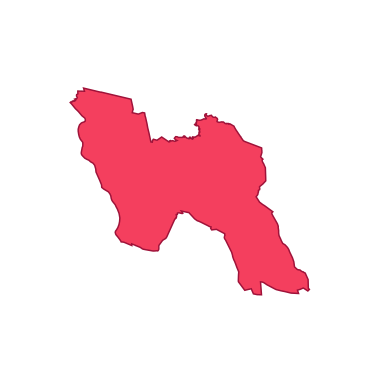 outline of Zaņas pag., Saldus, Latvia, rotated 29°
{"feature_id": "27541924B45294265092973", "entity_name": "Zaņas pag.", "entity_type": "district", "adm_level": 2, "iso_a3": "LVA", "parent_name": "Latvia", "parent_adm1": "Saldus", "projection": "natural_earth1", "projection_center": [22.206, 56.482], "detail": "fine", "context": "isolated", "style": "filled", "palette": "rose", "viewbox_px": 384, "rotation_deg": 29, "n_neighbors": 0, "source": "geoboundaries", "source_scale": "gbopen_adm2", "svg_char_len": 5862}
<svg xmlns="http://www.w3.org/2000/svg" viewBox="0 0 384 384"><g transform="rotate(29 192 192)"><path d="M231.5,119.7L214.1,122.2L212.1,122.3L208.0,120.3L208.0,120.2L207.9,120.2L203.7,118.1L203.4,117.9L200.4,116.4L198.2,115.1L196.8,114.1L193.0,114.0L192.6,114.2L192.4,114.0L191.9,114.1L191.2,114.5L190.9,114.5L191.0,114.8L190.8,114.8L190.5,114.7L189.7,114.9L189.3,115.2L189.3,115.4L189.2,115.4L188.9,115.6L188.6,115.5L188.4,115.8L188.2,115.8L187.9,116.0L187.4,116.0L185.9,115.6L185.3,115.6L185.0,115.8L184.8,116.1L184.1,116.2L181.9,118.0L180.2,118.3L179.9,118.3L179.6,118.1L179.3,116.9L179.3,116.4L179.0,115.9L178.3,115.4L177.3,115.3L176.8,115.2L176.5,115.2L176.1,115.1L175.9,115.5L175.5,115.7L174.4,116.3L174.1,116.3L173.1,116.1L172.1,115.7L171.9,115.5L171.7,115.5L171.2,116.0L170.3,116.7L169.9,117.3L169.1,118.2L167.7,118.0L166.9,117.6L166.8,117.3L166.8,116.6L166.6,116.6L166.4,116.7L166.1,117.2L165.9,117.5L165.8,117.8L165.8,118.3L166.2,119.2L166.7,119.6L168.9,120.8L169.0,121.0L168.7,121.4L166.7,122.4L166.3,123.2L164.9,124.9L163.9,125.6L162.5,126.1L161.2,126.4L161.0,126.6L161.1,126.9L161.6,127.4L161.5,127.8L161.9,128.1L162.0,128.6L162.2,129.1L161.9,129.7L162.0,129.8L162.6,130.1L162.9,130.3L163.1,131.0L162.8,131.3L161.8,131.2L161.6,131.4L161.5,131.7L161.9,131.9L163.4,132.0L163.9,131.9L164.4,131.4L164.9,131.1L165.7,131.3L166.5,131.6L166.8,131.9L166.9,132.6L167.0,132.7L167.9,132.8L167.9,133.0L167.4,133.5L167.4,133.8L167.7,133.9L168.2,133.8L168.6,133.8L168.7,134.1L168.4,134.5L168.5,134.8L168.7,135.1L169.5,135.5L169.8,135.7L169.7,136.0L169.2,136.4L169.2,136.5L169.6,137.0L169.9,137.4L169.8,137.8L169.9,138.2L170.1,138.3L170.5,138.5L171.6,138.7L171.7,138.9L171.8,139.1L171.5,139.2L169.9,139.5L169.4,139.9L169.2,140.7L168.2,142.4L168.0,142.7L167.1,142.9L166.9,143.4L166.7,143.6L166.2,143.4L165.9,143.4L165.8,143.5L166.0,144.0L166.8,144.5L167.1,144.7L166.6,145.1L166.7,145.5L166.1,145.6L165.7,145.4L164.8,145.6L164.5,145.4L164.5,145.0L164.4,144.9L164.1,144.9L163.7,145.0L163.3,145.3L163.3,145.9L163.8,146.3L163.9,146.5L163.4,146.9L161.2,147.3L160.0,147.1L158.4,146.6L158.1,146.8L158.0,147.1L158.5,147.6L158.6,147.8L158.3,147.9L157.8,147.5L157.5,147.4L157.4,148.0L157.5,148.4L157.0,149.0L153.7,150.8L152.2,150.9L150.9,151.5L150.5,153.6L152.3,154.3L153.9,154.2L152.5,156.0L150.2,156.5L148.9,157.6L148.3,157.4L147.6,158.2L148.1,158.9L147.5,159.4L138.8,158.6L136.3,163.7L132.6,164.6L132.5,165.0L132.8,166.7L132.7,166.7L133.1,167.7L131.8,168.2L125.7,161.2L122.2,157.4L119.6,154.2L115.0,149.0L114.8,148.9L113.3,147.3L113.3,147.1L112.2,145.8L110.1,146.5L107.3,149.9L101.3,151.6L100.4,148.5L100.5,148.4L99.9,147.5L98.4,145.7L93.7,140.4L64.1,148.7L64.1,148.9L46.8,153.7L49.1,156.0L43.2,159.1L44.6,161.5L43.9,162.8L44.4,164.0L45.9,165.0L45.8,166.8L45.7,166.9L45.1,166.9L45.1,167.1L44.7,167.4L45.2,167.5L45.3,167.7L45.4,168.0L45.6,168.3L45.1,168.6L45.3,168.7L45.2,168.8L45.5,168.8L45.3,169.2L45.1,169.1L44.9,169.3L44.9,169.6L44.3,169.8L44.4,170.0L44.1,170.3L43.8,170.3L43.3,170.5L43.3,170.9L43.5,171.0L43.3,171.5L42.6,171.8L42.7,172.1L42.3,172.2L42.1,172.8L43.8,173.3L49.8,175.7L51.1,176.0L53.6,176.7L58.8,178.7L62.3,179.3L63.2,179.9L63.8,180.7L64.2,182.1L63.5,183.2L62.2,184.6L61.8,185.3L61.6,185.7L61.1,187.8L61.4,189.9L62.0,192.2L63.0,194.0L65.0,196.6L66.8,198.5L69.0,200.1L71.7,201.2L72.5,201.7L73.6,203.6L74.2,204.8L74.4,206.3L76.0,211.1L76.5,212.0L77.4,212.9L79.5,213.7L81.9,214.4L84.2,214.4L86.4,214.2L88.4,214.7L89.6,214.8L91.0,214.7L92.0,215.0L93.9,215.8L96.6,218.5L98.4,221.1L105.7,226.6L109.4,229.6L110.8,231.7L113.2,232.2L118.9,232.4L121.2,233.5L122.8,234.7L124.5,236.8L125.7,237.9L127.0,238.7L131.1,240.4L132.8,241.7L135.0,243.1L138.6,246.1L141.5,249.7L143.0,253.0L143.9,255.8L144.4,259.1L144.3,261.8L144.1,263.3L144.4,264.5L145.6,265.8L147.0,266.6L148.3,267.0L152.1,268.7L153.8,269.6L154.2,270.0L155.8,269.3L155.9,269.2L157.1,268.9L165.3,268.0L164.4,266.6L169.2,266.0L169.3,266.1L169.5,266.0L173.6,265.5L176.2,265.8L177.3,265.6L179.2,265.0L186.2,262.6L187.4,262.0L189.8,260.4L190.6,260.1L190.8,259.4L190.8,258.5L190.3,257.3L189.2,255.4L189.0,254.9L189.0,254.3L189.7,248.7L190.3,247.4L191.4,245.6L191.6,245.0L191.7,243.4L191.3,238.8L190.1,224.0L190.4,223.7L190.4,222.4L190.7,222.4L190.5,221.1L189.2,219.4L190.1,218.8L189.5,217.5L190.7,216.5L193.3,215.8L194.2,215.3L194.3,215.0L193.6,214.6L191.9,213.8L197.9,212.0L199.2,211.5L207.3,214.2L210.7,214.6L211.0,214.4L214.2,214.1L223.4,213.7L223.8,213.8L225.6,213.3L226.0,214.8L227.6,215.6L231.5,212.8L240.8,212.6L241.2,213.3L241.8,213.9L241.8,214.6L242.4,216.3L243.3,217.1L244.6,217.7L255.9,225.5L258.1,227.7L258.5,228.2L258.6,228.4L259.7,229.5L261.4,231.0L262.9,232.0L265.2,233.9L267.7,236.1L271.6,239.2L273.0,242.2L275.4,246.9L276.1,248.0L285.8,252.4L288.7,249.7L290.1,248.5L290.7,247.9L295.1,251.3L298.7,250.2L302.6,248.2L295.5,237.4L296.8,236.8L298.0,236.5L299.3,236.5L302.6,236.8L311.9,236.6L313.0,236.5L317.6,235.3L321.7,234.0L327.6,232.4L334.4,229.1L331.8,226.7L333.8,224.7L335.8,222.1L336.1,222.0L341.3,222.4L341.9,220.3L340.5,219.8L340.3,219.6L336.0,212.3L330.3,208.0L328.7,208.1L328.2,207.9L327.3,208.2L325.9,208.2L324.6,207.9L324.1,207.9L322.7,208.5L321.6,208.7L318.0,207.8L317.8,207.6L314.9,203.7L311.7,200.8L306.5,197.1L304.5,195.4L302.4,194.2L299.0,193.1L296.3,193.0L293.7,191.3L292.5,190.3L289.2,187.9L287.7,185.9L286.4,183.6L284.7,181.4L284.0,180.1L283.1,179.3L282.1,178.4L274.6,173.8L272.7,172.6L271.9,171.6L272.3,170.1L262.1,168.8L259.9,168.7L255.8,168.1L255.6,167.9L250.4,165.1L250.7,163.2L250.7,162.6L250.8,162.4L249.9,159.6L250.0,159.5L249.3,158.4L250.0,157.2L249.7,156.3L249.2,155.8L248.5,154.6L250.1,150.6L251.1,146.5L249.6,143.9L244.4,135.2L242.0,133.4L241.3,132.8L239.1,131.5L238.2,130.5L237.8,130.0L237.8,129.7L238.1,128.9L235.4,128.2L234.9,127.8L234.5,125.7L234.0,123.6L232.8,121.6L232.3,121.0L231.7,119.9L231.5,119.7Z" fill="#f43f5e" stroke="#9f1239" stroke-width="1.5"/></g></svg>